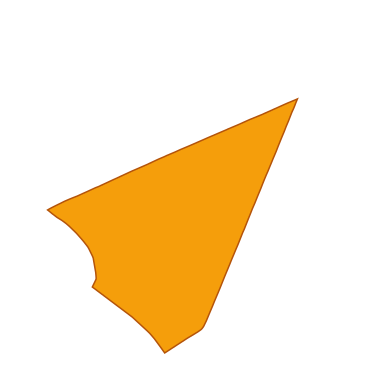 outline of Bang Rak, Bangkok Metropolis, Thailand, rotated 311°
{"feature_id": "78962969B21666986895715", "entity_name": "Bang Rak", "entity_type": "district", "adm_level": 2, "iso_a3": "THA", "parent_name": "Thailand", "parent_adm1": "Bangkok Metropolis", "projection": "robinson", "projection_center": [100.525, 13.728], "detail": "fine", "context": "isolated", "style": "filled", "palette": "amber", "viewbox_px": 384, "rotation_deg": 311, "n_neighbors": 0, "source": "geoboundaries", "source_scale": "gbopen_adm2", "svg_char_len": 1701}
<svg xmlns="http://www.w3.org/2000/svg" viewBox="0 0 384 384"><g transform="rotate(311 192 192)"><path d="M52.6,277.0L78.9,284.5L90.0,288.1L91.2,288.4L92.3,288.7L93.3,288.9L94.2,289.1L95.2,289.2L96.9,289.1L98.4,288.9L101.7,288.0L104.0,287.4L108.2,286.0L112.7,284.5L119.2,282.4L124.1,280.7L129.3,279.0L133.0,277.8L138.1,276.1L145.0,273.7L149.9,272.0L154.1,270.6L161.6,268.1L166.5,266.4L172.6,264.4L177.4,262.8L182.4,261.2L189.8,258.6L191.5,258.0L194.6,256.9L198.3,255.8L205.1,253.4L208.2,252.3L214.9,250.0L218.8,248.6L225.2,246.6L231.5,244.4L239.9,241.6L243.8,240.2L247.8,238.8L253.2,237.0L257.4,235.7L262.1,234.1L266.9,232.5L270.1,231.4L272.9,230.5L278.1,228.8L282.5,227.2L288.0,225.3L293.3,223.5L298.2,221.9L303.4,220.0L308.7,218.3L317.6,215.1L321.7,213.9L324.6,212.9L327.0,212.0L331.4,210.5L329.5,209.6L329.1,209.4L322.5,206.1L317.8,203.9L296.0,193.8L284.5,188.0L272.0,182.2L263.1,177.8L262.3,177.5L255.7,174.3L243.5,168.4L238.8,166.2L224.3,159.3L216.4,155.4L211.1,153.0L205.6,150.3L204.9,150.0L203.2,149.1L201.1,148.2L200.2,147.8L194.9,145.2L193.1,144.4L182.3,139.6L168.1,132.8L148.5,124.0L134.2,117.6L132.0,116.4L127.1,114.2L122.9,112.3L116.7,109.4L115.9,109.1L113.1,107.8L112.1,107.2L111.6,107.0L110.7,106.5L106.4,104.3L104.1,103.2L101.4,101.9L96.3,99.8L95.2,99.3L92.8,98.3L88.9,96.7L86.6,95.8L85.5,95.4L83.7,94.8L83.8,96.4L83.9,100.6L84.3,106.9L85.2,112.4L85.6,117.5L85.6,122.2L85.1,131.2L84.9,133.1L83.8,141.1L83.4,143.4L82.2,149.4L81.4,151.6L78.4,158.7L77.4,160.7L70.3,169.4L68.2,172.0L66.4,173.9L64.6,175.7L64.3,176.0L63.3,176.8L60.5,177.6L54.9,179.1L58.4,228.9L57.8,249.4L57.6,252.8L56.6,259.7L54.8,267.7L53.8,272.0L52.6,277.0Z" fill="#f59e0b" stroke="#b45309" stroke-width="1.5"/></g></svg>